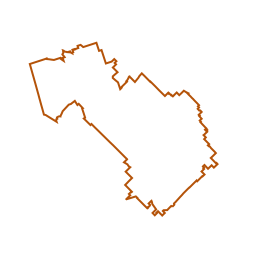 Northam, Western Australia, Australia (orthographic projection), rotated 72°
{"feature_id": "25037944B49536287471778", "entity_name": "Northam", "entity_type": "district", "adm_level": 2, "iso_a3": "AUS", "parent_name": "Australia", "parent_adm1": "Western Australia", "projection": "orthographic", "projection_center": [116.616, -31.699], "detail": "fine", "context": "isolated", "style": "outline", "palette": "amber", "viewbox_px": 256, "rotation_deg": 72, "n_neighbors": 0, "source": "geoboundaries", "source_scale": "gbopen_adm2", "svg_char_len": 4666}
<svg xmlns="http://www.w3.org/2000/svg" viewBox="0 0 256 256"><g transform="rotate(72 128 128)"><path d="M190.0,54.0L188.4,54.7L188.4,54.8L188.6,55.3L184.7,57.2L182.1,58.5L181.5,57.2L179.0,52.2L177.4,52.9L172.9,55.2L171.2,55.8L170.0,56.4L170.2,56.8L169.2,57.4L168.4,55.8L165.7,57.2L162.1,59.0L161.2,57.3L161.0,56.9L159.3,57.7L158.1,58.3L157.7,57.2L157.5,56.9L156.0,53.7L155.9,53.7L154.9,54.2L154.4,53.2L153.8,53.5L154.4,54.8L153.4,55.3L152.6,53.6L150.5,54.7L150.2,54.8L149.6,55.1L146.9,56.4L146.6,56.5L144.9,57.3L144.6,56.8L143.9,57.2L143.1,57.5L142.0,55.1L138.6,56.6L138.4,56.0L137.3,56.6L135.5,53.0L133.7,53.8L133.5,54.8L131.3,55.8L130.4,54.1L129.0,54.8L128.3,53.4L125.4,54.8L122.6,56.2L121.1,56.9L120.5,57.1L120.3,57.3L119.1,57.9L119.0,58.0L117.6,58.6L114.8,60.1L114.7,60.0L113.1,60.9L113.1,60.4L111.8,61.7L109.8,63.4L111.3,66.3L112.6,69.1L112.2,69.3L109.3,70.7L110.9,74.0L111.0,74.0L111.8,75.6L111.7,75.7L110.0,76.5L110.2,76.9L108.2,77.9L108.2,78.3L107.6,78.2L106.8,78.7L109.0,83.0L107.3,83.9L101.5,86.9L96.8,89.2L93.3,91.0L90.2,92.6L90.1,92.8L90.3,92.9L86.5,94.8L83.5,96.3L80.3,98.0L82.3,101.4L83.3,102.4L86.4,107.2L85.4,107.7L81.2,109.8L79.5,110.7L79.4,110.7L79.4,110.9L79.6,111.2L79.7,111.3L79.8,111.5L80.0,111.7L80.2,111.8L80.4,111.9L80.5,112.0L81.8,113.4L81.9,113.5L82.1,113.8L82.4,114.1L82.9,115.0L83.0,114.9L83.6,114.6L84.2,115.8L87.2,121.8L87.7,121.6L88.5,123.0L88.3,123.1L88.5,123.4L88.1,123.4L85.3,123.4L81.5,123.4L78.7,125.2L75.7,127.0L74.2,126.5L73.6,125.2L71.7,120.7L65.8,123.7L63.8,119.7L62.0,120.6L60.9,118.4L58.2,119.8L59.8,123.0L59.8,129.1L51.4,129.1L45.7,129.1L45.7,131.7L41.3,131.7L37.2,131.7L37.2,132.9L37.2,136.1L37.2,139.7L37.2,145.6L36.8,145.8L34.3,147.4L34.3,150.6L36.6,150.6L36.6,152.9L36.6,154.0L36.9,154.0L36.9,154.7L36.4,154.7L36.4,156.7L37.2,156.7L38.0,156.7L38.7,156.7L39.0,156.7L39.0,158.0L39.7,158.0L39.2,158.5L38.6,159.0L38.4,159.2L38.2,159.3L37.9,159.4L37.6,159.5L37.4,159.5L37.2,159.5L37.2,160.6L37.8,160.6L37.0,162.5L36.9,162.5L36.0,164.2L35.7,164.6L35.0,165.1L34.5,165.4L34.2,165.8L34.3,165.8L35.0,166.0L35.5,166.1L36.0,166.2L36.4,166.3L36.5,166.3L36.7,166.5L36.8,166.6L37.2,167.1L37.7,167.7L37.8,167.7L38.1,167.5L38.2,167.4L38.8,167.3L39.0,167.2L39.5,167.0L39.9,166.8L40.4,166.6L41.1,166.4L41.1,169.1L42.3,169.1L42.5,169.1L42.5,168.5L44.2,168.5L42.0,170.2L41.3,170.7L40.4,170.7L40.4,177.4L40.2,177.8L39.7,178.9L38.1,182.1L37.4,183.8L36.7,183.8L36.8,185.1L36.8,190.6L36.8,196.3L36.8,199.2L36.8,201.6L41.9,201.8L47.0,202.0L49.7,202.1L57.5,202.4L69.0,202.9L72.5,203.1L75.4,203.2L76.6,203.3L76.9,203.3L77.4,203.3L79.0,203.4L82.0,203.5L89.3,203.8L90.2,202.3L96.0,197.4L100.0,194.0L99.9,194.0L99.7,194.0L99.4,194.0L99.1,194.0L98.7,193.9L98.2,193.7L97.8,193.5L97.5,193.4L97.4,192.4L96.0,192.3L95.6,190.6L95.9,188.7L96.0,188.6L95.8,188.5L95.5,188.3L95.4,188.2L94.2,187.0L93.9,186.7L93.7,186.5L93.5,186.4L93.4,186.3L93.3,186.2L93.2,186.1L93.0,185.9L92.0,185.1L91.9,185.0L91.8,184.9L91.5,184.3L90.2,182.0L88.6,179.1L88.4,178.8L87.9,177.8L87.7,177.5L87.6,177.3L87.5,177.2L87.5,176.5L87.5,175.9L87.5,175.3L87.5,174.8L87.3,174.3L87.1,173.8L86.6,172.5L86.5,171.9L86.3,171.5L85.8,170.2L90.2,169.1L90.5,169.0L89.8,167.4L95.1,164.9L95.1,165.2L95.2,165.6L104.9,165.6L105.3,167.1L113.6,162.8L112.9,161.5L117.1,159.4L121.1,157.3L126.7,154.4L128.4,153.5L136.7,149.2L136.8,149.1L138.9,148.0L139.2,147.8L145.3,144.7L154.8,139.9L157.4,138.5L157.5,138.5L159.4,142.4L162.5,139.7L163.6,139.5L164.1,139.3L164.2,139.2L164.3,139.2L164.8,139.1L166.0,138.0L168.8,143.7L176.8,139.6L179.0,144.0L179.9,145.6L181.3,148.3L186.1,145.9L189.9,144.0L190.2,144.7L190.1,145.0L189.9,145.1L190.7,146.8L191.0,147.5L191.7,147.2L192.5,146.8L192.7,146.7L193.3,148.0L195.1,151.5L195.3,151.4L195.5,141.7L197.3,140.7L197.5,141.0L203.2,138.1L207.2,136.1L210.2,134.5L210.4,134.4L210.4,134.1L210.2,133.8L210.0,133.6L209.4,133.6L209.3,133.2L209.3,132.9L209.3,132.7L209.1,132.4L209.1,132.0L208.9,131.7L208.7,131.4L208.4,131.2L208.1,130.8L207.9,130.8L206.2,131.7L204.6,128.5L204.5,128.2L206.0,128.1L207.7,128.4L214.1,126.4L216.4,130.9L219.3,129.5L217.9,126.8L217.3,127.1L216.4,125.2L217.0,124.9L218.5,124.1L219.3,123.8L221.3,122.7L221.8,122.5L220.2,119.3L217.7,120.5L217.2,119.6L218.2,116.1L216.8,113.5L215.5,111.0L216.0,110.5L216.0,110.4L216.3,110.1L216.5,110.0L216.4,110.0L216.4,109.8L215.3,107.7L215.2,107.6L214.5,107.6L214.0,107.6L212.8,105.1L212.7,105.0L209.5,99.4L208.6,97.7L207.2,95.4L204.2,89.5L203.5,88.0L203.6,87.9L199.2,79.2L199.3,79.2L200.1,78.7L198.4,75.4L196.8,72.3L197.1,72.1L195.9,69.6L195.3,69.9L192.1,71.5L190.5,68.3L189.5,68.8L189.1,68.0L187.7,68.6L186.8,66.7L191.5,64.5L189.3,60.0L192.2,58.6L190.0,54.0Z" fill="none" stroke="#b45309" stroke-width="2"/></g></svg>